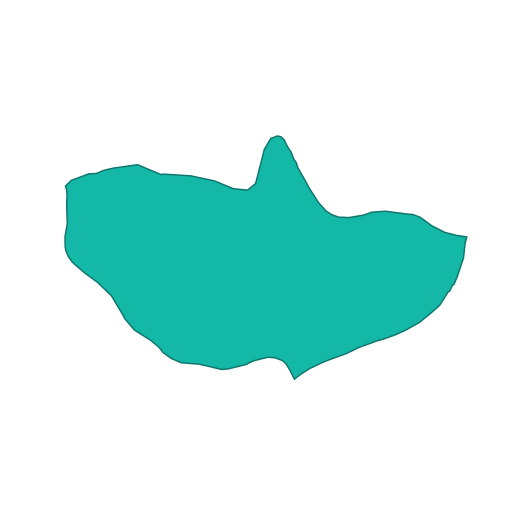 outline of Soloma, Huehuetenango, Guatemala, rotated 194°
{"feature_id": "79465075B1417859081281", "entity_name": "Soloma", "entity_type": "district", "adm_level": 2, "iso_a3": "GTM", "parent_name": "Guatemala", "parent_adm1": "Huehuetenango", "projection": "equal_earth", "projection_center": [-91.436, 15.697], "detail": "fine", "context": "isolated", "style": "filled", "palette": "teal", "viewbox_px": 512, "rotation_deg": 194, "n_neighbors": 0, "source": "geoboundaries", "source_scale": "gbopen_adm2", "svg_char_len": 1367}
<svg xmlns="http://www.w3.org/2000/svg" viewBox="0 0 512 512"><g transform="rotate(194 256 256)"><path d="M457.8,277.9L455.7,274.1L454.2,270.0L452.6,262.1L449.8,251.7L446.9,241.7L446.0,228.7L443.5,219.0L441.9,215.4L437.9,210.0L433.9,206.5L431.0,204.6L418.1,198.1L403.4,192.1L386.6,182.4L372.0,167.7L368.1,163.4L356.0,154.7L337.5,148.6L328.0,143.9L322.7,139.8L313.5,136.1L302.7,134.3L285.1,137.3L261.8,137.6L255.7,139.7L239.5,148.3L233.0,153.7L219.9,160.7L212.8,161.8L205.4,161.0L201.1,158.9L195.6,153.5L188.9,145.8L184.1,152.0L176.9,159.6L170.2,165.1L165.4,169.1L158.2,174.2L156.9,175.0L144.4,183.5L133.6,192.5L120.6,201.2L117.9,203.1L116.2,204.0L111.6,206.6L101.4,213.5L92.9,220.2L88.3,224.6L81.6,230.8L73.0,242.2L65.9,252.5L60.9,267.6L59.5,268.9L58.4,274.9L57.1,276.2L55.7,284.7L54.2,304.3L56.2,318.7L56.1,325.5L66.2,324.5L78.7,324.6L92.9,327.9L106.0,333.3L113.9,334.2L117.8,333.5L141.5,330.7L154.3,326.5L161.5,321.7L175.0,315.8L185.1,313.7L192.3,314.4L198.9,316.6L208.2,322.9L220.8,334.8L225.6,340.1L236.9,352.0L239.3,356.1L242.9,359.3L247.0,365.2L251.8,369.6L256.6,375.4L260.4,377.7L264.4,377.6L268.2,374.9L270.0,373.9L273.7,361.5L273.9,326.2L280.1,317.9L294.1,315.8L314.2,318.8L338.7,318.0L365.9,313.0L367.4,312.0L393.0,315.9L414.9,307.1L423.9,302.6L431.0,297.4L438.2,295.2L453.5,284.7L457.8,277.9Z" fill="#14b8a6" stroke="#0f766e" stroke-width="1.5"/></g></svg>